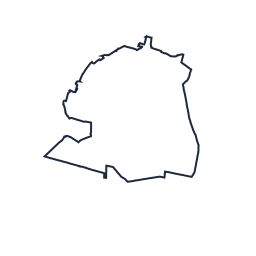 Vorniceni, Botosani, Romania, rotated 148°
{"feature_id": "2599482B8793432480787", "entity_name": "Vorniceni", "entity_type": "district", "adm_level": 2, "iso_a3": "ROU", "parent_name": "Romania", "parent_adm1": "Botosani", "projection": "equal_earth", "projection_center": [26.671, 47.98], "detail": "fine", "context": "isolated", "style": "outline", "palette": "slate", "viewbox_px": 256, "rotation_deg": 148, "n_neighbors": 0, "source": "geoboundaries", "source_scale": "gbopen_adm2", "svg_char_len": 5656}
<svg xmlns="http://www.w3.org/2000/svg" viewBox="0 0 256 256"><g transform="rotate(148 128 128)"><path d="M184.6,154.1L185.1,153.8L185.5,153.6L186.4,154.5L188.4,153.3L190.9,152.4L191.3,152.4L191.9,152.5L192.8,152.3L193.7,152.3L194.4,152.1L200.9,150.8L213.8,148.1L213.2,147.4L212.8,147.0L209.7,143.5L208.8,142.6L208.3,142.0L207.8,141.5L204.7,138.0L203.0,136.4L201.4,134.5L200.7,133.8L199.8,132.8L198.5,131.5L195.4,127.9L195.1,127.7L194.6,127.1L189.3,121.3L189.5,121.2L189.3,121.0L189.0,120.8L188.3,120.1L187.0,119.1L186.8,119.0L186.4,118.3L185.4,117.1L185.1,116.8L184.9,116.8L184.6,116.4L184.4,116.0L183.3,114.6L183.0,114.3L180.5,111.4L175.9,106.4L172.1,102.3L174.5,98.6L173.8,98.0L173.0,97.3L172.6,97.9L172.1,98.6L171.6,99.5L166.3,107.5L163.5,104.9L162.1,103.6L161.6,103.0L161.3,102.5L161.2,102.2L161.2,100.9L161.0,100.1L160.8,99.6L160.8,98.8L160.7,98.5L160.3,94.6L160.0,93.9L159.9,92.8L159.7,90.9L159.3,89.7L158.5,88.1L157.9,87.1L157.5,86.2L157.3,85.1L157.1,83.9L156.8,82.6L155.7,82.1L153.7,81.2L151.9,80.4L149.9,79.7L146.1,78.0L143.0,76.8L137.6,74.5L136.1,73.9L134.8,73.3L127.2,70.1L126.7,69.8L126.3,69.4L123.4,66.7L122.2,68.1L119.7,71.4L119.1,70.8L116.9,69.0L115.6,67.7L114.1,66.2L110.2,62.5L109.2,61.6L108.2,60.5L107.2,59.8L106.6,59.2L106.0,58.7L105.1,57.7L104.0,56.7L99.9,52.8L95.5,55.0L95.0,55.2L91.9,58.7L90.0,60.6L88.8,62.1L87.6,63.3L87.1,63.9L85.4,65.7L81.3,70.1L80.3,71.4L78.9,73.6L77.3,76.0L77.1,76.4L77.0,77.5L76.7,78.5L76.4,79.6L76.3,80.5L75.8,81.9L75.6,82.5L75.3,83.6L74.9,84.6L74.6,85.8L74.3,86.5L74.4,87.1L74.2,89.7L74.0,90.4L73.9,91.3L72.6,97.0L72.4,97.9L71.8,100.3L71.4,101.1L71.3,101.8L71.2,102.2L71.2,102.6L70.9,103.7L70.7,104.1L70.5,104.7L70.3,105.4L69.9,106.1L69.3,107.7L69.2,108.0L69.0,108.4L68.8,108.8L68.2,110.4L68.0,111.0L67.6,111.8L66.4,115.3L65.0,118.4L64.3,120.2L63.5,122.2L62.0,126.0L60.5,130.6L60.3,131.1L60.2,131.4L60.1,131.7L59.8,132.3L59.6,132.4L59.5,132.8L58.4,135.9L57.5,136.1L56.6,136.4L55.8,136.5L54.9,136.8L54.2,136.9L53.6,136.8L53.0,136.8L52.6,136.9L51.5,137.5L51.1,137.7L50.4,138.2L49.3,138.8L48.2,139.9L47.8,140.1L47.4,140.5L47.0,141.2L46.8,141.4L44.0,143.6L43.4,144.1L44.5,146.6L44.9,147.7L45.9,150.1L46.2,151.0L47.1,153.1L48.0,155.3L45.8,157.4L42.2,160.8L42.5,161.4L43.3,161.8L44.7,162.5L44.8,162.5L45.3,162.6L45.8,162.9L46.2,162.7L46.4,162.7L46.6,162.8L46.9,163.0L47.2,163.4L47.4,163.6L48.5,163.5L48.8,163.2L49.3,163.4L49.8,163.5L51.4,164.5L51.9,164.9L52.4,165.2L53.7,166.2L53.8,166.4L53.8,166.7L54.0,166.8L54.3,167.2L55.2,169.3L56.2,170.8L56.3,171.1L56.6,171.5L57.5,172.0L57.9,172.5L58.3,173.1L58.6,173.6L59.5,174.8L59.2,175.4L59.2,175.8L59.5,176.0L60.0,176.8L60.4,177.4L61.1,178.3L61.8,179.0L62.1,179.2L62.3,179.6L63.8,181.2L65.6,183.8L65.3,184.0L65.2,184.2L65.2,184.6L65.0,184.8L65.1,185.1L65.0,185.4L64.8,185.7L64.8,186.0L64.6,186.6L62.9,188.7L61.8,190.0L60.8,191.5L60.2,192.1L60.6,192.5L61.0,192.8L61.4,193.3L62.4,194.5L63.4,195.5L63.5,195.9L64.4,195.4L64.6,195.9L65.0,195.9L64.8,195.6L64.8,195.4L65.0,195.4L65.1,195.0L65.3,194.5L65.7,194.2L65.9,193.9L66.2,193.8L66.3,193.6L66.5,193.2L67.0,192.8L67.4,192.5L68.1,191.7L70.1,190.3L70.8,191.0L71.1,191.3L71.6,192.1L71.9,192.3L72.2,192.6L72.4,193.1L72.6,193.4L73.2,193.8L74.4,193.3L74.2,193.0L75.9,191.9L75.0,191.2L73.7,190.1L73.0,189.4L73.1,189.2L73.4,189.1L75.1,189.0L76.2,189.2L76.9,189.3L78.6,189.2L79.3,189.5L79.3,189.9L80.1,191.1L81.9,193.2L83.1,194.4L87.1,198.7L87.4,199.5L90.9,199.8L94.1,200.0L94.3,200.5L94.6,200.3L95.7,200.3L96.0,200.1L96.6,199.6L97.1,199.4L97.6,199.6L97.9,199.9L97.8,200.1L102.0,200.1L104.4,200.0L106.0,200.1L106.1,200.5L106.9,200.8L107.6,201.1L109.2,202.3L109.7,202.5L110.5,202.6L112.0,203.0L111.8,202.8L111.7,202.3L111.4,201.9L111.6,201.7L111.6,201.4L111.5,201.1L111.6,200.6L111.6,200.2L115.7,200.2L115.9,201.3L118.5,201.2L119.9,201.1L120.7,201.0L122.3,200.6L122.6,200.8L122.9,201.0L123.2,201.4L123.4,201.7L123.6,203.2L125.8,202.7L129.1,201.5L133.2,199.9L137.4,197.8L137.8,197.9L140.1,196.4L141.7,195.2L143.5,193.9L143.8,193.6L144.1,193.4L144.1,193.2L144.0,192.9L144.6,193.4L145.5,194.0L146.0,194.1L146.4,194.3L146.6,194.4L146.9,194.4L147.6,193.9L148.3,193.8L148.6,193.6L148.9,193.2L148.9,192.9L148.8,192.5L148.3,192.0L148.3,191.8L148.2,191.4L148.4,191.1L149.1,190.5L151.1,188.8L150.7,188.8L150.4,188.7L150.2,188.3L150.3,188.1L150.5,188.0L151.3,187.5L151.8,187.2L152.5,187.0L153.0,186.7L153.2,186.4L153.4,186.3L153.6,186.3L154.0,186.4L155.3,187.7L155.7,188.3L155.9,188.7L156.2,189.2L156.4,189.6L156.6,189.7L156.9,190.5L157.2,190.8L157.6,190.7L157.3,190.2L158.5,189.4L158.6,189.6L159.8,189.4L160.3,189.3L163.5,186.4L165.3,184.5L166.1,183.8L166.3,183.7L167.1,184.6L167.3,184.8L167.7,184.9L168.1,184.9L168.4,184.8L168.9,184.4L169.2,184.0L169.8,182.9L170.0,182.8L170.1,182.4L170.2,182.1L170.4,182.0L170.3,181.7L170.5,181.0L170.5,180.4L170.6,180.1L170.8,179.5L170.8,179.2L170.9,178.9L171.3,178.1L171.3,177.9L171.4,177.6L171.6,176.9L171.7,176.6L171.9,176.1L172.2,175.8L172.2,175.5L172.2,175.3L172.7,174.5L172.9,174.2L172.8,173.7L172.9,173.4L173.1,173.1L172.9,172.7L173.0,171.7L173.1,170.6L172.8,170.2L172.7,170.0L172.7,167.1L171.0,166.8L170.7,166.6L170.3,166.2L166.5,161.7L164.7,159.7L164.2,159.2L163.3,158.0L162.5,157.1L162.1,156.8L161.5,156.4L160.4,155.8L159.0,154.5L158.2,153.7L157.9,153.5L157.7,153.4L156.5,152.2L156.6,151.9L156.7,151.7L157.1,151.0L160.6,145.6L161.4,144.2L161.7,143.9L162.1,143.5L162.7,143.1L162.7,142.9L162.9,142.7L163.0,142.4L163.1,141.6L163.7,140.7L165.0,140.9L168.9,141.8L170.8,142.1L173.1,142.5L174.6,142.7L175.6,142.6L177.6,142.2L178.6,144.5L179.8,146.9L179.9,147.3L180.4,148.2L181.1,149.9L181.9,151.2L182.3,151.6L183.2,152.9L183.7,153.4L184.6,154.1Z" fill="none" stroke="#1e293b" stroke-width="2"/></g></svg>